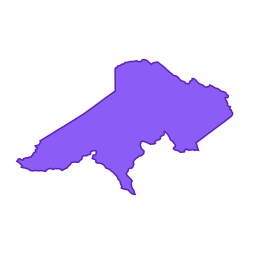 Senador Pompeu, Ceará, Brazil, rotated 289°
{"feature_id": "56859067B61767326792453", "entity_name": "Senador Pompeu", "entity_type": "district", "adm_level": 2, "iso_a3": "BRA", "parent_name": "Brazil", "parent_adm1": "Ceará", "projection": "equal_earth", "projection_center": [-39.469, -5.578], "detail": "fine", "context": "isolated", "style": "filled", "palette": "violet", "viewbox_px": 256, "rotation_deg": 289, "n_neighbors": 0, "source": "geoboundaries", "source_scale": "gbopen_adm2", "svg_char_len": 3942}
<svg xmlns="http://www.w3.org/2000/svg" viewBox="0 0 256 256"><g transform="rotate(289 128 128)"><path d="M191.3,212.2L192.0,210.0L193.2,209.0L193.4,207.2L193.3,205.4L193.2,203.7L193.8,202.3L194.3,200.9L194.4,199.6L194.2,198.1L194.4,196.5L194.9,194.6L195.1,193.1L195.3,191.3L193.6,191.0L192.9,189.6L191.7,188.6L192.2,187.2L192.4,185.9L193.0,184.2L193.0,182.0L193.3,180.0L194.4,178.1L195.3,176.7L195.9,174.9L196.1,173.5L195.4,172.5L194.4,173.0L193.5,172.5L192.4,171.4L191.2,171.4L190.1,171.2L189.3,170.0L189.1,168.0L190.1,166.4L190.1,165.0L190.0,163.3L190.4,161.7L191.3,160.4L192.3,158.6L192.9,156.5L192.5,154.5L193.0,152.7L193.8,150.9L194.4,148.8L195.3,147.2L195.8,145.6L197.1,143.0L197.6,141.5L198.1,140.2L198.6,138.6L199.2,136.8L200.0,134.7L199.4,133.2L198.6,131.9L197.8,130.6L196.7,129.9L195.8,129.2L196.3,128.0L197.0,126.3L197.6,125.0L198.1,123.6L198.1,122.3L197.8,120.6L197.2,119.3L196.2,118.9L195.2,118.8L194.7,117.6L194.0,116.3L194.5,114.5L193.5,112.8L192.7,111.8L192.4,110.4L191.6,108.6L190.3,106.8L189.6,105.2L189.0,104.0L187.9,103.6L186.8,102.6L186.0,101.1L184.7,100.4L183.8,99.2L183.2,98.1L182.0,97.9L180.9,96.8L179.5,96.6L164.3,102.0L158.9,103.9L148.1,96.3L133.5,86.2L128.6,82.7L126.2,81.0L108.1,66.3L107.1,65.4L90.4,51.7L87.1,49.0L86.2,49.9L84.7,49.6L83.5,49.5L82.3,48.3L80.9,46.1L80.0,47.3L79.8,48.9L78.7,48.9L77.7,47.8L76.7,47.6L75.5,48.7L74.5,47.5L73.5,46.8L71.8,46.5L70.3,46.0L69.3,46.0L68.5,44.6L67.4,43.0L66.6,41.6L65.9,40.3L64.7,39.1L63.4,39.1L63.2,37.7L63.6,36.3L63.4,34.7L61.8,34.2L60.3,33.7L59.8,36.3L58.9,38.0L58.3,39.3L57.5,40.6L56.3,39.9L56.2,41.4L56.6,43.0L56.7,46.1L56.6,47.6L56.0,49.3L56.3,51.5L57.5,53.9L58.6,58.0L59.5,59.7L59.9,61.2L59.8,62.6L60.2,64.2L61.4,64.5L63.4,65.8L64.6,68.3L64.4,70.6L65.3,71.7L66.1,72.5L66.4,74.4L67.2,76.0L67.0,77.5L66.4,79.3L67.2,80.2L68.8,81.5L70.1,83.1L71.0,83.6L72.4,83.9L74.1,85.1L75.8,85.6L76.8,85.7L77.6,86.9L78.3,88.1L79.0,90.7L79.5,92.2L80.7,92.9L81.8,93.3L83.4,94.3L84.4,94.4L86.2,94.0L87.4,95.2L87.9,96.7L88.5,98.2L89.8,99.1L90.3,100.2L91.4,101.1L92.7,100.7L93.8,100.7L94.8,101.9L95.5,103.4L96.0,104.5L95.5,105.6L94.2,106.0L93.0,106.4L91.7,105.5L91.2,104.1L90.0,103.8L88.7,104.4L87.7,104.0L87.4,105.3L87.5,106.9L87.0,108.1L85.2,108.8L84.8,110.6L85.5,112.0L85.7,114.3L85.3,116.8L84.3,118.5L83.0,120.1L82.9,122.2L83.0,123.6L82.5,124.7L81.9,126.2L81.2,128.5L79.8,131.2L78.6,133.3L77.7,134.5L76.5,135.1L75.9,136.2L75.3,137.6L74.1,138.3L72.2,139.7L70.8,141.2L69.0,141.2L69.0,143.7L69.2,145.8L69.5,147.1L69.3,148.8L68.6,149.8L67.5,152.0L67.1,154.5L67.5,156.3L68.9,155.1L70.4,154.2L71.6,152.8L72.5,151.6L73.6,150.7L74.6,150.0L75.5,149.6L77.1,148.9L79.1,149.3L80.4,147.6L81.6,145.1L82.9,142.7L84.2,141.1L85.8,141.6L87.3,142.1L88.6,141.8L90.1,142.2L91.0,144.1L92.1,145.2L93.5,145.1L95.3,145.4L96.7,144.6L98.0,144.1L99.5,144.3L100.7,145.0L101.8,145.5L103.4,146.8L104.8,147.5L105.7,148.8L106.7,150.1L108.9,151.1L110.3,151.0L111.5,150.6L112.0,149.4L112.9,147.4L113.8,146.6L114.9,145.9L116.1,145.0L118.0,145.0L119.4,145.0L120.1,146.0L120.5,147.6L120.4,148.9L120.4,150.5L120.2,152.5L119.9,154.5L120.7,155.8L121.3,157.7L122.4,158.9L123.3,157.7L124.8,158.5L126.1,159.6L126.9,161.2L128.4,162.2L129.7,161.4L130.8,161.9L131.7,162.6L132.6,163.6L133.4,164.3L134.6,163.9L135.6,163.6L136.6,163.5L136.1,165.1L135.5,166.8L134.6,168.0L133.9,168.9L133.1,169.9L131.9,170.7L130.7,171.9L130.1,174.1L129.3,175.4L128.3,176.9L127.0,178.6L125.7,178.8L124.6,177.6L123.1,177.7L122.5,180.1L122.8,181.9L122.8,183.4L122.1,185.3L123.0,187.5L123.8,189.1L125.4,188.8L126.3,189.9L127.3,189.8L126.9,191.1L126.8,192.5L127.5,194.5L128.6,196.1L128.6,198.4L129.6,199.9L129.8,201.8L136.2,197.2L152.9,208.5L165.2,216.9L173.0,222.0L174.3,222.3L175.3,222.3L176.3,222.0L177.5,220.5L178.6,219.8L179.0,218.1L180.1,217.9L181.3,218.0L181.5,216.0L182.1,214.4L183.6,214.3L184.7,213.1L185.7,212.4L186.6,211.1L188.2,209.9L188.9,211.0L189.1,212.3L190.1,212.7L191.3,212.2Z" fill="#8b5cf6" stroke="#5b21b6" stroke-width="1.5"/></g></svg>